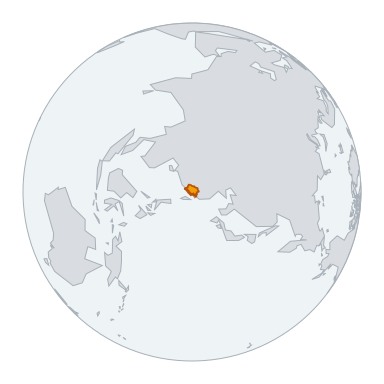 Fujian on an orthographic globe, rotated 86°
{"feature_id": "CHN-1178", "entity_name": "Fujian", "entity_type": "Province", "adm_level": 1, "iso_a3": "CHN", "parent_name": "China", "parent_adm1": "", "projection": "orthographic", "projection_center": [118.681, 25.949], "detail": "fine", "context": "on_globe", "style": "filled", "palette": "amber", "viewbox_px": 384, "rotation_deg": 86, "n_neighbors": 0, "source": "natural_earth", "source_scale": "10m", "svg_char_len": 15244}
<svg xmlns="http://www.w3.org/2000/svg" viewBox="0 0 384 384"><g transform="rotate(86 192 192)"><circle cx="192" cy="192" r="169" fill="#eef3f6" stroke="#a8b0b8"/><path d="M334.4,268.1L334.2,269.1L334.1,269.3L334.4,268.1ZM302.5,64.2L292.7,56.7L292.9,56.5L289.4,54.2L289.0,54.5L289.6,55.3L277.2,51.4L274.0,56.6L278.6,61.8L273.2,58.3L285.8,71.2L287.6,78.5L282.0,68.2L278.8,65.7L278.3,69.3L274.9,67.6L272.7,68.6L268.6,66.4L265.7,61.1L263.0,59.7L262.8,62.5L258.6,62.4L259.3,58.5L252.1,58.0L245.8,50.2L250.8,43.5L243.9,39.1L240.0,32.6L236.9,32.1L233.4,30.0L228.6,28.8L229.2,28.4L224.8,27.9L225.1,28.6L223.3,28.7L220.5,28.2L220.8,27.4L222.3,27.5L220.9,27.1L222.3,27.0L220.0,26.8L220.7,26.2L215.8,26.1L212.9,25.2L214.5,25.0L219.8,25.8L236.7,29.1L238.5,29.6L250.1,33.3L261.4,38.0L272.4,43.4L282.9,49.6L293.0,56.5L302.5,64.2ZM351.4,148.1L350.0,144.9L351.0,145.5L351.4,148.1ZM349.1,143.9L349.6,144.8L349.1,144.2L349.1,143.9ZM348.7,144.1L348.9,144.0L348.8,144.5L348.7,144.1ZM348.3,144.9L348.4,144.4L348.5,144.6L348.3,144.9ZM347.2,145.1L346.9,145.0L346.9,144.1L347.2,145.1ZM290.4,56.1L289.4,54.7L291.0,55.3L292.3,56.6L290.4,56.1ZM286.7,55.8L285.3,54.4L289.3,56.4L288.9,56.5L286.7,55.8ZM282.7,66.2L282.5,64.3L283.9,66.8L282.7,66.2ZM273.1,69.1L274.3,70.3L272.6,70.4L273.1,69.1ZM221.6,25.7L222.1,25.7L220.7,25.5L219.0,25.2L220.5,25.5L221.6,25.7ZM264.9,67.2L262.0,67.1L264.5,66.2L264.9,67.2ZM216.1,24.8L223.4,26.0L224.9,26.4L220.9,25.9L216.1,24.8ZM259.9,66.5L252.8,66.9L254.7,69.3L245.2,62.9L254.4,64.5L257.2,62.8L257.5,64.9L259.9,66.5ZM226.5,29.0L226.0,28.3L229.0,29.4L226.5,29.0ZM228.8,29.8L240.7,34.0L240.0,35.1L236.2,33.3L237.4,35.5L231.2,34.0L229.1,32.4L230.8,31.9L227.2,31.8L228.8,29.8ZM241.1,59.6L238.9,59.1L240.7,58.6L241.1,59.6ZM222.8,28.8L225.3,29.4L224.8,30.4L219.8,29.4L221.6,29.4L222.8,28.8ZM240.7,37.0L239.5,37.8L234.2,36.6L233.0,36.8L231.0,34.0L240.7,37.0ZM220.2,28.9L217.3,28.9L214.9,28.1L220.4,28.3L220.2,28.9ZM226.8,31.2L226.4,31.6L225.0,31.0L226.8,31.2ZM204.9,25.8L207.8,26.1L207.8,26.6L204.9,25.8ZM216.3,29.0L217.2,29.3L217.5,29.6L215.1,29.5L216.3,29.0ZM227.4,33.6L225.4,33.1L227.9,34.7L224.0,34.1L223.4,32.5L222.0,33.0L220.8,32.8L221.6,31.7L227.4,33.6ZM213.8,30.5L211.6,28.6L206.1,27.6L206.0,27.1L214.8,28.8L213.8,30.5ZM218.3,31.2L215.5,30.6L216.7,30.1L219.4,30.2L218.3,31.2ZM221.6,34.5L227.7,35.7L227.6,36.1L221.6,34.5ZM211.9,30.2L212.5,30.7L211.4,30.2L211.9,30.2ZM218.3,33.2L220.5,33.5L220.4,33.9L218.3,33.2ZM211.8,31.6L211.1,30.9L212.9,30.9L211.8,31.6ZM214.6,32.4L213.9,32.9L214.0,31.3L215.6,32.5L214.6,32.4ZM217.8,33.5L218.5,33.9L216.9,33.4L217.8,33.5ZM205.3,32.2L205.0,30.2L209.0,30.1L208.7,32.0L205.3,32.2ZM66.5,78.9L65.1,80.5L63.2,82.9L58.7,88.2L48.1,104.8L51.1,101.9L47.0,114.3L47.7,119.5L57.6,109.0L56.5,100.2L61.7,92.9L66.9,94.9L68.7,103.6L70.8,101.1L74.2,91.4L79.2,89.5L75.9,87.8L73.8,91.3L71.7,90.6L73.5,87.4L75.2,86.7L75.9,83.5L67.6,88.3L64.6,92.3L63.8,87.9L58.7,94.5L56.8,95.4L64.7,84.7L67.5,82.1L78.4,69.4L75.4,71.6L64.9,84.0L66.1,81.9L62.0,85.8L66.1,81.3L78.3,67.9L80.7,64.9L80.0,65.5L89.7,57.5L90.3,57.1L98.7,51.1L95.6,53.3L98.1,51.7L95.8,53.6L99.3,52.5L98.0,54.4L105.9,50.6L106.3,51.3L101.5,53.2L97.4,55.8L94.9,61.7L96.4,61.8L101.7,59.1L100.3,61.3L105.8,58.0L107.6,60.7L110.0,54.9L116.4,52.3L121.0,52.4L123.5,50.7L116.0,50.6L112.6,51.6L109.0,54.0L100.1,56.8L99.6,55.6L110.5,49.3L111.0,47.3L119.3,43.9L134.5,45.2L137.5,48.0L128.7,57.8L124.3,58.3L125.2,54.8L118.3,60.3L121.8,58.7L120.6,60.9L126.4,59.5L125.9,61.0L132.3,57.5L132.3,59.2L128.2,61.4L136.8,61.6L138.5,65.1L140.7,64.5L142.6,62.8L143.6,68.7L145.2,68.0L145.4,65.8L148.7,63.1L154.9,60.9L155.0,63.0L152.7,64.1L148.0,70.0L142.0,73.0L142.7,73.7L147.9,71.6L153.6,64.4L157.3,62.5L155.3,65.9L156.3,64.5L158.2,64.3L160.0,66.2L162.6,62.6L183.1,58.8L188.7,62.7L184.6,65.7L198.9,67.0L204.1,72.3L204.4,70.0L211.4,69.8L209.8,68.1L210.5,67.1L227.8,66.9L231.9,69.0L239.6,67.4L239.8,66.4L237.2,64.7L245.2,62.9L254.7,69.3L253.9,71.2L260.4,74.4L257.7,78.4L258.5,83.6L251.8,86.9L253.0,91.1L255.4,91.9L258.9,98.7L257.6,110.5L248.0,97.2L247.8,80.9L247.0,87.0L244.0,84.7L241.8,86.4L241.5,91.1L243.4,92.1L226.7,96.6L219.6,108.9L227.8,109.1L231.9,113.7L231.0,130.3L212.0,151.0L217.3,159.2L217.0,164.2L210.9,166.6L211.2,159.3L206.0,156.1L207.1,151.9L197.4,154.1L198.6,148.2L190.5,153.3L192.5,158.3L200.6,158.2L193.1,165.7L200.1,175.0L199.8,185.2L184.4,201.3L170.4,204.8L169.3,207.8L164.3,203.4L156.8,208.5L165.3,227.7L164.7,232.7L152.9,240.4L152.8,236.6L139.6,224.9L136.4,236.4L146.4,248.2L149.8,260.1L141.8,255.2L138.5,244.5L133.8,240.1L135.6,230.0L132.7,213.6L124.7,214.7L125.8,208.5L120.6,193.8L109.4,194.9L91.2,206.1L87.8,221.3L81.9,226.1L76.9,200.3L78.7,184.5L74.3,183.9L71.2,167.6L58.5,158.0L59.0,153.4L56.1,153.3L54.3,146.4L56.0,139.1L53.9,137.3L50.1,156.7L52.6,158.8L58.0,155.2L56.2,161.4L58.2,169.7L47.7,178.6L32.6,177.2L35.0,165.2L43.7,127.3L45.6,124.6L45.8,124.2L46.2,123.5L43.0,127.5L45.8,120.6L36.9,144.8L33.8,154.2L32.3,177.6L31.5,178.7L32.2,184.4L39.2,187.9L38.4,191.6L32.7,204.9L26.4,217.8L29.5,235.2L32.9,248.2L33.1,249.5L29.4,237.9L26.5,226.1L24.5,214.1L23.3,202.0L23.1,189.8L23.7,177.6L25.1,165.6L27.5,153.6L30.6,141.9L34.7,130.4L39.5,119.2L45.2,108.4L51.5,98.1L58.7,88.2L66.5,78.9ZM66.6,119.9L70.3,125.3L75.5,115.5L77.4,117.0L78.5,113.3L75.9,114.8L79.6,105.5L83.7,105.6L86.7,102.0L85.6,100.1L77.6,101.6L72.2,114.7L68.4,116.6L66.6,119.9ZM110.8,43.8L113.9,42.2L114.1,42.4L111.1,44.0L108.7,45.2L110.3,44.1L110.8,43.8ZM107.4,46.3L117.8,41.1L117.2,42.1L115.8,42.3L114.3,43.5L111.6,44.3L100.9,50.8L98.0,52.3L102.7,48.5L102.8,48.7L105.7,46.9L107.4,46.3ZM145.5,30.4L150.0,29.2L142.8,32.5L139.4,33.2L140.9,31.8L145.8,30.1L145.5,30.4ZM207.6,24.2L209.8,24.3L209.7,24.4L207.7,24.4L207.6,24.2ZM205.0,23.5L208.9,23.9L213.5,24.5L207.4,23.8L204.8,23.9L205.1,24.1L209.4,25.2L218.0,26.9L216.9,27.6L213.8,27.6L211.5,27.3L213.0,26.9L208.9,26.8L209.3,26.0L206.2,25.9L197.9,23.8L200.0,23.8L192.6,23.2L195.2,23.1L199.9,23.4L197.2,23.1L205.0,23.5ZM179.5,23.5L183.6,23.5L181.5,24.3L185.2,24.0L185.3,24.4L182.3,24.5L186.9,24.6L186.2,25.1L190.0,26.4L197.1,26.9L198.7,27.6L195.5,27.7L199.3,28.4L194.4,29.1L195.4,29.7L191.6,31.3L184.9,31.4L186.6,32.1L183.7,33.7L178.1,34.2L180.7,32.7L172.7,34.5L173.0,32.8L172.0,33.1L170.1,32.2L166.1,31.8L167.1,31.0L165.1,31.2L163.8,30.8L161.4,30.9L162.3,29.7L159.5,29.8L161.5,29.2L156.4,29.8L160.5,28.9L159.3,28.5L155.9,29.6L166.3,25.2L167.3,24.8L179.5,23.5ZM204.0,32.6L196.0,32.6L192.2,31.8L200.4,29.5L200.2,28.8L205.3,27.8L210.7,29.0L208.7,29.2L208.0,29.6L206.6,29.0L207.3,29.9L204.6,30.2L204.4,31.0L201.8,30.7L204.0,32.6ZM64.3,82.1L63.4,83.4L62.8,84.8L60.2,87.4L64.3,82.1ZM72.5,72.9L72.2,73.4L68.2,77.4L69.1,76.2L72.5,72.9ZM75.4,70.5L72.5,73.1L74.6,71.0L75.4,70.5ZM101.5,53.7L101.6,54.3L100.3,55.1L98.7,55.7L101.5,53.7ZM154.2,40.7L156.3,39.6L157.2,39.7L163.2,38.4L163.4,39.8L159.9,41.1L154.2,40.7ZM55.5,109.6L53.3,110.4L54.0,108.4L54.6,108.5L55.5,109.6ZM55.3,98.1L53.7,102.2L54.6,98.8L55.3,98.1ZM155.5,42.0L157.9,41.2L156.5,42.4L155.5,42.0ZM163.9,40.8L162.8,42.1L164.1,39.8L163.9,40.8ZM106.8,337.6L110.3,339.6L108.5,338.7L106.8,337.6ZM40.6,258.4L46.6,277.2L44.3,273.9L40.4,266.3L35.9,253.7L37.4,253.6L37.2,249.0L40.6,258.4ZM192.8,290.1L198.1,291.1L197.9,291.7L192.8,290.1ZM187.3,287.4L193.3,288.1L186.3,288.8L187.3,287.4ZM195.6,288.3L201.7,287.4L204.3,286.4L203.9,287.8L195.6,288.3ZM183.3,287.2L161.8,284.6L153.4,281.6L155.3,279.4L168.9,281.9L183.3,287.2ZM154.6,279.2L141.9,269.9L125.2,245.0L131.2,246.8L148.7,263.2L147.6,265.2L155.3,272.2L154.6,279.2ZM185.7,269.8L184.5,276.3L172.6,274.5L167.2,272.8L163.4,263.8L165.5,259.7L169.9,260.4L187.5,247.0L193.5,251.3L188.0,257.2L192.9,263.5L185.7,269.8ZM88.3,223.1L90.9,233.5L87.8,233.9L88.3,223.1ZM194.9,236.8L187.6,243.0L194.4,234.5L194.9,236.8ZM199.2,228.6L199.4,232.1L196.7,228.5L199.2,228.6ZM168.8,212.6L164.1,212.8L164.2,210.3L170.2,208.6L168.8,212.6ZM199.5,193.8L198.8,201.2L197.6,203.7L195.9,199.0L199.5,193.8ZM161.0,55.6L152.3,55.7L146.3,57.3L143.1,60.4L143.9,56.3L153.2,53.8L161.0,55.6ZM180.3,58.0L183.1,55.8L184.4,57.1L183.9,57.8L180.3,58.0ZM180.2,56.5L178.9,53.2L182.1,52.2L182.5,54.9L180.2,56.5ZM166.8,46.7L164.3,46.5L165.5,45.5L166.8,46.7ZM294.5,324.9L295.9,324.4L291.1,328.3L284.6,332.8L278.9,335.9L294.5,324.9ZM248.3,344.3L248.3,341.4L255.1,340.0L252.1,343.0L248.3,344.3ZM299.0,321.3L303.3,317.1L305.2,313.5L304.4,316.2L307.6,314.3L297.3,323.5L299.0,321.3ZM223.5,332.9L190.4,339.8L183.1,338.4L184.8,335.4L177.9,325.0L180.3,325.4L178.5,318.1L198.0,312.7L212.0,300.5L223.0,301.4L231.2,291.8L242.6,292.1L239.2,299.7L251.1,303.7L259.1,286.6L266.3,303.3L274.9,307.8L277.2,317.1L261.7,334.5L252.9,338.6L251.2,337.6L247.5,339.5L241.8,339.6L238.6,335.3L235.0,337.1L238.5,333.2L233.2,336.8L230.3,333.9L223.5,332.9ZM304.9,293.0L306.5,292.9L309.1,294.7L306.4,295.2L304.9,293.0ZM330.2,273.7L330.9,274.6L329.2,275.9L330.2,273.7ZM334.1,269.3L332.1,271.0L334.4,268.1L334.1,269.3ZM313.8,280.7L314.6,281.4L313.9,282.0L313.8,280.7ZM313.1,280.6L314.1,278.6L314.0,280.3L313.1,280.6ZM305.2,273.6L306.2,272.4L306.7,273.0L305.2,273.6ZM205.9,291.5L213.1,286.8L217.2,286.5L205.9,291.5ZM303.8,272.0L301.2,272.5L301.5,271.5L303.8,272.0ZM303.9,269.7L303.6,268.4L305.2,271.2L303.9,269.7ZM299.0,267.8L302.1,269.5L298.6,268.2L299.0,267.8ZM297.1,268.5L294.9,267.9L295.0,267.4L297.1,268.5ZM271.5,274.4L280.0,281.5L273.2,282.2L265.6,278.0L259.7,283.3L246.2,283.4L249.3,280.3L247.4,275.8L233.6,274.4L230.8,271.3L235.7,269.2L226.7,266.8L236.6,265.4L240.7,271.6L246.3,266.5L256.1,267.2L265.6,268.6L273.4,272.4L271.5,274.4ZM236.7,279.1L238.4,279.1L236.9,281.0L236.7,279.1ZM290.5,265.3L293.8,267.7L293.4,268.5L291.8,268.3L290.5,265.3ZM275.1,271.2L283.4,265.0L285.4,264.8L279.9,271.3L275.1,271.2ZM281.4,261.9L285.2,262.1L287.3,264.7L286.5,265.6L281.4,261.9ZM216.4,273.3L216.0,275.1L213.5,273.6L216.4,273.3ZM219.7,272.4L227.5,274.3L219.0,273.8L219.7,272.4ZM196.4,265.3L198.6,269.6L205.7,267.3L200.3,270.9L205.2,277.9L203.6,280.3L198.7,272.8L197.1,280.2L194.0,279.8L192.3,273.3L195.4,265.5L198.5,262.4L211.3,261.7L196.4,265.3ZM219.6,267.3L217.6,262.4L219.1,259.2L221.4,261.8L219.6,267.3ZM211.7,250.3L206.4,244.3L201.5,246.2L211.5,238.6L214.9,245.6L211.7,250.3ZM207.4,237.3L202.7,239.1L207.6,234.6L207.4,237.3ZM201.6,237.1L201.2,232.9L204.8,233.7L201.6,237.1ZM209.7,237.6L210.8,230.7L212.5,234.9L209.7,237.6ZM200.0,223.6L207.5,230.9L197.6,227.4L197.7,213.8L202.0,213.8L200.0,223.6ZM227.2,170.2L226.4,166.3L230.4,165.5L229.8,168.4L227.2,170.2ZM242.8,160.8L231.3,164.1L221.9,167.3L224.6,169.2L222.1,175.7L218.3,169.3L225.2,162.4L232.2,161.3L233.6,155.8L239.0,152.3L238.4,145.6L240.9,142.8L243.6,148.7L242.8,160.8ZM237.9,142.7L238.8,131.1L246.1,133.0L247.6,135.9L244.1,140.3L240.4,139.1L237.9,142.7ZM241.2,129.0L237.6,127.7L231.5,110.9L232.0,107.9L240.6,121.0L237.7,120.7L237.9,124.7L241.2,129.0ZM239.4,60.2L239.0,59.2L240.7,60.1L239.4,60.2ZM209.5,66.2L210.6,64.9L212.6,65.9L209.5,66.2ZM214.9,62.2L211.9,61.9L215.1,61.3L214.9,62.2ZM205.2,61.6L210.7,61.4L205.5,62.9L205.2,61.6Z" fill="#d9dde1" stroke="#a8b0b8" stroke-width="1"/><path d="M196.5,188.0L196.6,188.4L196.4,188.2L196.2,188.1L196.3,188.0L196.2,188.0L196.3,187.9L196.0,188.0L195.9,188.2L196.1,188.1L196.3,188.2L196.4,188.3L196.6,188.4L196.4,188.4L196.5,188.5L196.4,188.5L196.5,188.6L196.1,188.5L196.0,188.8L195.9,188.9L196.1,189.0L195.8,189.1L195.7,189.2L195.5,189.4L195.8,189.5L195.7,189.6L195.9,189.7L195.7,189.8L195.8,189.9L195.7,190.0L195.7,189.9L195.5,190.0L195.4,190.0L195.2,190.3L195.1,190.1L195.4,189.9L195.5,189.7L195.3,189.5L195.2,189.8L195.0,189.7L194.9,189.8L195.0,189.6L194.9,189.5L194.9,189.4L195.1,189.3L194.9,189.4L194.8,189.7L194.7,189.5L194.6,189.4L194.6,189.6L194.7,189.8L194.5,189.6L194.4,189.5L194.3,189.8L194.4,190.2L194.6,190.0L194.8,190.0L194.9,190.3L195.0,190.5L194.9,190.6L194.6,190.4L194.3,190.5L194.6,190.6L194.6,190.8L194.8,190.9L194.8,190.7L194.9,190.8L195.0,190.6L195.4,190.8L195.2,190.9L194.9,191.0L194.6,191.0L194.4,191.3L194.3,191.5L194.1,191.9L193.9,191.8L193.6,191.7L193.4,191.6L193.1,191.4L193.3,191.6L193.5,191.9L193.7,192.0L194.0,192.0L194.2,191.7L194.3,191.7L194.7,191.8L194.6,192.1L194.4,192.3L194.4,192.2L194.5,192.5L194.4,192.8L194.3,192.7L194.0,192.8L194.2,193.1L194.3,193.1L194.4,193.3L194.5,193.3L194.5,193.5L194.4,193.8L194.4,193.7L194.4,193.4L194.3,193.6L194.1,193.7L194.2,193.4L194.0,193.5L194.0,193.4L193.8,193.2L193.7,193.0L193.5,193.4L193.1,193.6L193.3,193.8L193.4,193.7L193.4,193.9L193.4,194.0L193.5,193.8L193.8,194.0L193.6,194.1L193.5,194.3L193.5,194.2L193.3,194.3L193.2,194.1L193.1,194.3L193.3,194.4L193.1,194.4L193.1,194.5L193.0,194.4L192.9,194.4L193.0,194.2L192.8,194.1L192.5,194.1L192.6,194.3L192.7,194.2L192.8,194.3L192.7,194.5L192.4,194.6L192.7,194.8L192.9,194.7L192.8,194.8L192.8,195.0L192.8,194.9L192.6,194.9L192.6,195.1L192.8,195.1L192.7,195.2L192.3,195.1L192.1,195.3L192.0,195.2L192.0,194.9L191.9,195.0L192.0,195.2L191.7,195.1L191.8,195.2L191.9,195.5L192.1,195.4L192.1,195.5L192.0,195.8L191.9,195.7L191.9,195.9L192.0,195.9L191.9,196.0L191.7,196.2L191.3,195.9L191.3,195.7L191.2,195.8L191.3,195.9L191.3,196.0L191.1,196.0L190.9,196.0L190.7,196.0L190.7,195.9L190.6,195.7L190.5,196.0L190.3,195.9L190.3,196.1L190.2,196.1L190.3,196.2L190.2,196.4L189.8,196.3L189.7,196.3L189.9,196.4L189.6,196.4L189.9,196.6L190.3,196.5L190.2,196.8L190.4,196.7L190.5,197.0L190.4,197.0L190.1,197.2L190.1,197.3L190.0,197.1L189.9,197.2L190.0,197.3L189.9,197.5L189.7,197.7L189.5,198.0L189.4,198.0L189.5,197.9L189.6,197.7L189.4,197.6L189.3,197.9L189.2,198.0L189.2,198.3L189.1,198.5L189.1,198.2L188.6,197.9L188.6,198.0L188.8,198.1L188.7,198.4L188.3,198.4L188.2,198.4L188.3,198.4L188.2,198.7L188.2,198.8L188.1,198.6L188.0,198.8L187.9,198.9L187.6,198.5L187.3,197.5L187.4,197.1L187.2,196.6L187.0,196.4L186.8,196.1L186.9,195.8L186.6,195.7L186.2,195.9L185.8,195.2L185.5,195.3L185.5,195.2L185.1,195.2L184.9,195.0L184.5,195.0L184.4,194.9L184.5,194.7L184.4,194.1L184.6,194.0L184.8,193.7L184.9,193.3L185.0,193.0L184.9,192.9L185.2,192.5L185.3,192.4L185.2,192.2L185.4,192.1L185.8,191.9L186.0,191.6L186.0,191.4L186.0,191.0L186.3,190.6L186.5,190.6L186.6,190.3L186.4,190.3L186.4,190.1L186.3,189.8L186.4,189.2L186.7,188.9L187.4,188.8L187.7,188.6L188.0,188.0L187.9,187.9L187.9,187.6L187.9,187.2L188.2,186.7L188.4,186.6L188.4,186.3L188.5,186.3L189.0,186.0L189.2,186.4L189.6,186.5L189.7,186.4L189.7,186.2L190.1,186.0L190.4,186.0L190.6,185.8L191.2,185.7L191.2,185.4L191.3,185.2L191.6,185.2L191.8,185.1L192.0,185.1L192.3,185.3L192.2,185.4L192.3,185.6L192.2,185.7L192.2,186.0L192.4,186.2L192.5,186.8L192.6,187.3L192.6,187.5L193.1,187.5L193.5,187.7L193.8,187.4L194.0,187.4L194.2,187.0L194.4,186.9L194.5,187.0L194.4,187.1L194.5,187.2L194.6,187.4L194.6,187.7L194.9,188.0L195.3,187.9L195.6,187.9L195.8,187.7L196.1,187.7L196.4,187.8L196.5,188.0ZM195.1,193.2L195.0,193.3L194.9,193.5L194.7,193.5L194.7,193.4L194.9,193.2L194.7,193.1L194.9,192.8L195.0,193.0L195.1,193.2ZM188.5,198.4L188.9,198.5L188.6,198.8L188.6,199.0L188.3,199.0L188.5,198.7L188.4,198.6L188.5,198.5L188.5,198.4ZM190.4,196.1L190.7,196.2L190.7,196.3L190.5,196.5L190.4,196.4L190.4,196.1ZM193.5,191.7L193.9,191.9L193.5,191.8L193.4,191.6L193.5,191.7ZM193.8,193.1L193.7,193.5L193.6,193.4L193.7,193.2L193.8,193.1ZM194.2,194.2L194.4,194.2L194.3,194.3L194.2,194.2L194.2,194.2ZM194.4,191.5L194.5,191.6L194.3,191.6L194.4,191.5ZM196.3,189.1L196.5,189.1L196.3,189.1Z" fill="#f59e0b" stroke="#b45309" stroke-width="1.5"/></g></svg>